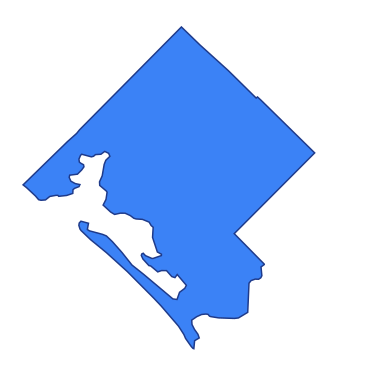 Pacific, Washington, United States of America (Albers equal-area conic projection), rotated 315°
{"feature_id": "52423323B94422507286019", "entity_name": "Pacific", "entity_type": "district", "adm_level": 2, "iso_a3": "USA", "parent_name": "United States of America", "parent_adm1": "Washington", "projection": "albers", "projection_center": [-123.933, 46.517], "detail": "fine", "context": "isolated", "style": "filled", "palette": "blue", "viewbox_px": 384, "rotation_deg": 315, "n_neighbors": 0, "source": "geoboundaries", "source_scale": "gbopen_adm2", "svg_char_len": 1818}
<svg xmlns="http://www.w3.org/2000/svg" viewBox="0 0 384 384"><g transform="rotate(315 192 192)"><path d="M77.6,67.5L78.1,71.9L78.5,84.2L78.1,89.0L79.4,91.1L82.8,94.0L88.3,94.6L93.5,98.2L94.8,99.5L94.7,100.8L100.9,105.8L106.7,108.7L109.5,106.2L111.6,106.4L115.9,108.3L118.0,107.5L115.4,103.5L114.0,98.7L115.5,94.8L117.4,93.6L123.6,98.4L129.6,98.4L133.4,97.8L134.6,96.0L133.7,93.0L133.5,91.2L135.3,88.8L139.0,87.3L140.7,87.3L145.7,96.0L147.6,97.1L150.2,97.3L154.3,100.9L159.0,101.6L160.4,105.7L159.2,108.7L153.5,108.6L149.4,110.4L139.9,117.1L133.8,119.4L131.4,122.1L132.1,130.7L131.8,132.1L126.0,136.4L119.9,138.4L120.3,148.6L121.4,153.1L126.5,156.4L129.7,159.7L131.7,165.0L132.3,169.4L133.4,171.5L137.6,176.3L140.4,183.0L139.4,186.8L139.6,189.5L132.0,196.2L125.1,209.9L126.4,214.4L125.4,215.3L117.6,211.5L116.7,210.7L114.1,204.1L114.2,200.8L112.7,200.3L111.3,201.0L109.9,204.7L109.5,213.6L110.5,215.0L110.6,216.2L111.3,224.3L114.9,226.0L118.4,229.6L117.9,237.5L119.4,240.5L123.2,239.9L122.0,254.0L118.8,255.0L112.3,254.1L105.4,257.4L102.9,254.1L99.6,216.2L97.9,201.2L99.7,185.4L100.6,170.8L100.4,162.5L98.8,158.7L92.0,146.9L91.5,144.5L96.7,140.9L92.8,134.1L90.3,134.2L88.4,135.6L86.6,139.0L86.3,140.9L86.6,154.1L88.6,174.4L90.0,202.6L89.9,240.3L89.6,250.6L87.6,277.3L85.5,287.0L83.9,291.0L82.2,300.8L82.1,303.3L82.5,304.1L88.7,299.0L93.9,300.3L95.6,296.8L96.6,290.9L98.3,285.7L101.2,282.4L107.2,283.5L112.2,285.4L115.5,288.1L116.8,289.8L116.6,292.2L117.1,293.3L121.8,299.8L132.6,311.4L135.8,313.9L146.3,316.5L167.8,296.8L171.1,296.4L175.1,298.3L177.4,300.8L180.0,301.3L182.2,300.6L187.8,293.8L191.8,294.4L192.1,294.0L192.4,251.3L306.4,251.1L305.7,175.6L305.5,171.1L303.8,170.9L303.5,131.9L301.6,93.6L301.2,67.8L156.6,68.5L151.9,69.0L139.5,68.3L77.6,67.5Z" fill="#3b82f6" stroke="#1e3a8a" stroke-width="1.5"/></g></svg>